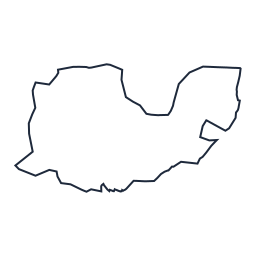 Kwami, Gombe, Nigeria
{"feature_id": "59680162B2944873791560", "entity_name": "Kwami", "entity_type": "district", "adm_level": 2, "iso_a3": "NGA", "parent_name": "Nigeria", "parent_adm1": "Gombe", "projection": "mercator", "projection_center": [11.234, 10.491], "detail": "fine", "context": "isolated", "style": "outline", "palette": "slate", "viewbox_px": 256, "rotation_deg": 0, "n_neighbors": 0, "source": "geoboundaries", "source_scale": "gbopen_adm2", "svg_char_len": 2135}
<svg xmlns="http://www.w3.org/2000/svg" viewBox="0 0 256 256"><path d="M240.1,68.1L236.3,67.9L232.5,67.8L226.9,67.5L217.9,67.2L211.0,66.9L203.0,66.6L189.5,72.5L178.8,84.0L173.7,102.3L173.0,105.8L170.8,110.9L168.3,114.6L168.0,114.9L167.9,114.9L159.6,115.1L158.4,115.2L158.2,115.2L155.2,115.0L151.2,114.7L146.4,113.8L140.0,105.4L133.0,101.7L125.9,97.1L121.5,79.8L121.9,74.3L122.2,69.8L118.9,68.4L110.1,64.8L106.6,64.3L91.2,67.6L88.9,67.8L86.2,67.0L79.3,66.8L73.0,66.9L58.0,69.7L58.3,72.8L56.3,76.1L49.2,84.5L35.6,82.5L33.9,87.0L32.7,90.5L33.0,94.6L35.3,107.8L32.3,114.2L28.8,123.3L29.1,133.7L32.7,151.7L15.4,165.5L18.9,169.1L35.5,175.7L49.3,169.9L56.6,171.5L57.5,176.5L61.1,183.1L70.5,184.3L81.6,189.7L84.4,190.9L86.5,191.7L91.1,189.3L101.3,191.4L101.3,190.9L101.2,187.7L101.2,186.4L101.5,185.6L102.1,184.9L103.4,183.9L104.0,185.2L107.0,189.0L107.4,189.5L108.1,190.1L109.3,191.1L109.8,189.8L112.0,190.6L113.0,191.1L113.7,191.2L113.9,191.2L114.7,189.3L115.0,189.5L115.5,189.6L115.8,189.7L115.9,189.8L116.1,189.9L116.5,190.0L116.8,190.1L117.0,190.1L117.2,190.3L117.3,190.4L117.7,190.5L117.9,190.6L118.1,190.7L118.3,190.7L118.4,190.8L118.5,190.8L119.0,191.0L119.3,191.1L119.5,191.2L119.9,191.3L120.1,191.3L120.4,191.4L120.8,191.5L120.9,191.4L121.0,191.2L121.4,191.2L121.4,190.9L121.5,190.8L121.6,190.7L121.8,190.6L122.0,190.7L122.1,190.8L122.2,190.7L122.5,190.7L122.4,190.3L122.4,190.2L122.7,190.4L122.9,190.4L123.1,190.4L123.3,190.6L123.8,190.3L125.3,189.6L126.5,188.6L133.6,180.8L136.8,180.9L145.2,181.3L154.1,181.0L157.3,178.0L159.6,175.5L161.0,174.0L164.6,171.7L168.3,170.3L168.5,170.4L170.8,167.9L171.9,166.6L172.1,166.6L173.5,166.7L181.0,161.8L194.8,163.3L197.5,163.6L199.3,159.8L199.9,158.6L202.6,156.9L206.2,152.6L211.2,145.9L214.6,142.3L216.9,140.0L209.3,140.4L200.2,137.1L202.7,126.1L206.3,120.3L206.6,120.4L216.6,125.9L225.4,130.7L229.1,128.3L235.5,118.0L235.6,117.8L235.8,115.2L236.0,112.5L236.1,112.3L236.8,111.6L238.0,109.8L238.6,107.5L238.7,106.7L239.8,100.6L238.0,100.2L236.7,94.9L236.9,91.5L236.6,89.8L236.9,87.1L238.2,82.2L239.7,75.8L240.1,72.6L240.6,68.6L240.1,68.1Z" fill="none" stroke="#1e293b" stroke-width="2"/></svg>